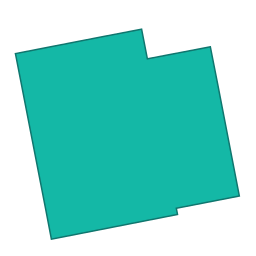 Nelson, North Dakota, United States of America, rotated 79°
{"feature_id": "52423323B93170673506058", "entity_name": "Nelson", "entity_type": "district", "adm_level": 2, "iso_a3": "USA", "parent_name": "United States of America", "parent_adm1": "North Dakota", "projection": "robinson", "projection_center": [-98.234, 47.934], "detail": "fine", "context": "isolated", "style": "filled", "palette": "teal", "viewbox_px": 256, "rotation_deg": 79, "n_neighbors": 0, "source": "geoboundaries", "source_scale": "gbopen_adm2", "svg_char_len": 324}
<svg xmlns="http://www.w3.org/2000/svg" viewBox="0 0 256 256"><g transform="rotate(79 128 128)"><path d="M192.4,224.3L222.5,224.4L222.3,95.9L216.0,95.9L216.0,31.7L102.1,31.6L64.0,31.7L63.8,95.8L33.6,95.8L33.5,134.9L33.5,160.2L33.5,224.3L40.9,224.3L192.4,224.3Z" fill="#14b8a6" stroke="#0f766e" stroke-width="1.5"/></g></svg>